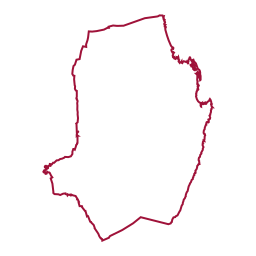 outline of Isabela, Isabela, Philippines
{"feature_id": "2640588B52568839586340", "entity_name": "Isabela", "entity_type": "district", "adm_level": 2, "iso_a3": "PHL", "parent_name": "Philippines", "parent_adm1": "Isabela", "projection": "equal_earth", "projection_center": [122.367, 16.99], "detail": "fine", "context": "isolated", "style": "outline", "palette": "rose", "viewbox_px": 256, "rotation_deg": 0, "n_neighbors": 0, "source": "geoboundaries", "source_scale": "gbopen_adm2", "svg_char_len": 5753}
<svg xmlns="http://www.w3.org/2000/svg" viewBox="0 0 256 256"><path d="M170.7,223.4L171.4,222.1L171.8,222.0L172.3,219.5L173.5,217.4L175.2,217.1L175.7,216.3L177.5,215.4L179.6,211.3L180.2,210.6L181.7,205.6L182.7,204.2L182.9,202.4L183.3,201.6L183.8,199.5L184.8,198.4L185.3,197.0L185.8,196.3L185.7,195.3L186.0,194.2L186.7,192.3L187.6,191.1L188.7,186.3L189.8,184.2L189.9,183.5L190.9,182.2L191.7,179.9L192.8,179.1L192.9,177.8L193.3,177.4L193.4,176.4L193.9,175.4L194.3,175.2L194.2,174.0L195.5,173.0L195.5,172.7L195.2,172.4L195.6,172.0L195.4,170.7L196.5,169.3L197.1,167.5L197.2,166.0L198.0,165.2L198.2,164.5L199.4,164.1L199.1,163.5L199.4,163.1L199.1,161.7L199.2,161.0L198.6,160.1L198.8,158.4L199.1,157.5L199.7,157.2L200.0,156.6L200.3,154.8L201.4,153.6L201.2,152.7L202.8,149.8L202.8,148.5L203.5,147.1L202.6,145.3L202.6,144.0L203.1,143.6L202.8,143.2L202.9,142.0L203.6,140.4L204.5,139.4L204.7,136.2L205.2,135.3L204.7,133.9L204.1,133.9L203.7,133.2L203.6,132.3L203.9,130.3L204.6,129.4L204.8,127.6L205.9,124.7L206.3,124.7L206.3,123.0L206.8,122.4L206.8,122.1L207.8,121.7L208.3,122.4L208.7,122.2L208.8,120.5L208.4,119.5L210.0,118.8L210.2,117.5L209.5,115.6L210.3,114.8L210.2,114.3L211.0,111.9L210.9,110.2L211.5,109.5L211.4,108.7L212.2,107.4L212.6,107.4L211.6,106.3L211.4,105.3L211.6,104.7L211.2,104.8L211.0,104.4L211.3,103.2L211.3,102.2L210.6,100.0L209.9,99.0L209.5,99.6L209.4,100.7L208.1,101.4L206.6,102.9L206.2,103.8L205.5,103.9L204.7,103.3L204.2,103.9L203.1,104.2L202.7,104.2L202.7,103.8L201.3,104.1L200.9,105.0L201.1,106.6L200.9,106.5L200.5,105.0L201.2,103.4L200.9,103.6L200.4,103.1L200.9,103.5L201.0,103.1L203.3,103.4L204.0,103.0L204.4,103.2L204.6,102.7L202.9,103.3L199.6,102.6L198.1,101.3L196.9,99.2L196.0,96.3L196.4,95.5L196.1,94.9L196.3,94.3L196.1,93.3L196.5,92.9L196.6,91.4L197.0,91.1L197.3,89.7L197.7,90.1L198.3,89.5L197.6,86.2L198.2,85.8L198.5,86.1L198.8,85.5L198.0,84.3L197.6,84.4L197.2,84.0L197.5,82.6L197.3,82.0L197.7,81.2L197.2,80.2L197.2,78.7L197.6,77.8L197.5,77.4L198.1,77.4L197.4,77.1L197.5,76.8L197.3,75.7L197.6,74.9L197.1,74.0L196.8,74.4L196.3,73.9L196.7,73.9L196.6,73.2L196.9,72.9L197.9,73.1L197.8,72.0L198.5,72.6L198.6,73.5L198.4,74.3L199.8,78.5L200.1,80.3L200.3,80.2L200.6,79.7L200.6,76.0L200.1,74.1L200.2,72.8L199.9,71.0L199.3,70.3L199.3,69.9L197.5,68.5L197.5,67.9L195.9,63.4L194.2,61.6L193.6,61.5L193.5,63.7L194.8,65.7L195.0,68.3L196.2,69.5L195.8,69.9L194.9,69.9L194.4,71.1L194.6,70.3L194.3,70.0L194.4,69.6L194.0,69.2L193.6,69.4L193.1,68.9L193.4,68.4L193.8,68.6L194.1,68.1L193.9,67.7L194.2,67.0L193.0,67.6L192.2,66.6L191.3,66.4L191.1,65.5L190.7,65.3L190.8,64.8L191.4,64.7L191.4,65.0L191.8,65.1L191.9,64.7L192.2,65.3L192.8,65.4L193.7,64.9L192.1,61.5L191.5,60.8L191.5,60.3L191.0,60.0L190.8,59.3L189.2,59.0L188.7,59.4L188.4,60.6L188.5,61.4L188.2,62.0L187.9,61.8L188.1,62.8L187.6,62.5L187.5,62.8L186.4,61.5L186.2,61.5L185.8,61.9L183.7,61.2L183.1,61.6L182.3,63.1L181.4,62.6L181.4,61.6L181.0,62.2L180.2,62.2L179.7,62.9L178.6,61.5L179.1,60.0L178.4,59.5L178.6,58.6L178.3,57.2L178.1,57.6L177.2,57.2L176.9,57.8L176.4,57.4L175.6,59.0L174.3,58.5L174.1,58.0L174.2,57.2L173.5,57.6L173.0,57.2L172.7,55.3L173.1,54.9L173.2,53.7L174.0,52.6L173.4,52.2L173.1,52.7L173.0,52.0L173.0,52.6L172.4,52.5L171.4,50.5L171.5,49.5L172.7,48.6L173.2,48.8L173.4,48.0L172.8,47.3L172.0,47.1L170.9,45.6L168.6,40.2L167.0,35.5L165.4,29.9L165.2,27.9L165.8,27.5L165.7,26.6L165.3,26.2L164.7,26.2L164.7,25.1L165.1,24.8L164.5,24.6L164.2,24.0L164.3,23.6L164.8,23.1L165.1,22.4L165.0,21.9L164.5,21.6L164.3,21.1L164.7,20.0L164.2,19.8L164.3,19.5L164.1,19.2L163.7,19.5L163.6,19.3L163.7,18.7L163.4,18.2L163.6,17.8L163.3,17.5L163.6,17.0L163.8,16.3L163.1,16.5L162.6,15.5L159.5,15.4L158.2,16.2L157.1,16.5L144.8,18.2L123.6,25.7L117.1,25.9L113.1,25.5L108.6,26.7L108.9,27.8L107.3,27.9L104.0,29.6L96.7,31.1L92.1,31.6L88.8,31.4L88.1,37.4L87.5,40.2L86.1,44.4L86.2,46.9L83.0,46.3L81.2,50.9L79.6,59.1L76.5,59.7L74.9,64.7L73.5,66.0L72.7,69.9L72.3,73.9L73.3,75.6L74.4,75.8L74.1,79.2L74.7,85.3L75.1,86.2L74.9,88.8L75.8,90.5L76.8,90.9L76.8,97.0L76.5,97.6L76.4,98.6L76.9,98.9L76.9,99.8L77.4,100.3L77.6,101.2L77.2,103.1L77.4,105.5L77.3,109.7L77.7,112.2L77.6,114.4L78.0,118.1L77.6,122.3L76.2,123.6L76.5,124.1L76.8,132.0L78.1,131.6L78.2,131.8L77.0,133.2L76.7,134.7L76.7,135.1L77.0,134.7L77.1,135.2L77.8,135.7L77.5,135.7L77.5,143.0L77.0,143.3L76.9,144.4L76.2,144.9L75.9,146.4L74.8,149.7L73.8,149.0L73.3,149.0L72.4,151.7L72.4,154.0L70.9,156.3L68.3,157.1L65.0,156.9L64.2,157.7L62.0,158.7L60.2,159.0L58.5,160.2L56.6,160.4L54.1,162.8L53.1,162.7L51.9,164.3L49.9,164.0L49.9,164.5L50.7,165.5L50.5,165.9L48.5,165.7L48.0,166.1L48.1,167.7L48.0,168.2L47.5,168.5L47.4,166.8L46.1,165.8L45.3,165.9L44.8,166.6L44.9,167.4L45.9,167.9L46.2,169.5L46.1,169.8L44.2,170.3L43.4,171.7L43.6,172.2L43.9,172.4L45.0,172.0L45.3,172.1L45.3,173.6L45.8,173.9L46.6,173.6L46.9,172.2L47.3,171.8L48.0,172.4L49.1,172.4L49.7,172.8L51.1,175.7L52.3,177.4L50.7,178.4L52.4,183.6L53.4,192.1L53.3,192.9L53.9,193.6L54.7,194.1L58.4,194.3L60.2,195.0L63.1,193.7L65.5,193.4L65.7,194.1L66.8,194.5L67.3,194.3L67.6,195.4L68.2,194.8L69.1,194.6L70.8,195.5L71.1,195.4L70.9,195.0L71.1,194.5L72.8,195.3L75.6,196.0L77.4,198.9L77.2,199.4L77.8,199.5L78.9,201.8L78.5,201.9L78.6,202.6L79.6,206.1L81.9,206.1L82.1,206.3L82.0,207.1L85.2,211.2L85.5,211.1L86.9,216.1L87.3,215.7L88.0,216.1L90.2,221.7L91.1,222.0L91.2,222.5L93.7,225.0L94.7,227.8L94.6,228.2L98.3,233.7L99.4,236.4L100.2,237.6L100.7,238.3L101.0,238.2L101.6,239.0L102.1,239.1L102.3,240.6L109.0,237.7L109.5,236.6L110.1,236.0L122.3,230.0L133.1,223.3L140.7,217.2L168.4,224.2L170.7,223.4ZM189.9,57.3L189.6,57.5L189.3,58.7L190.0,58.4L190.2,57.6L189.9,57.3ZM193.4,59.7L192.9,59.9L193.1,61.0L193.7,60.6L193.4,59.7ZM203.9,140.7L204.0,141.1L204.4,141.2L204.3,140.9L203.9,140.7Z" fill="none" stroke="#9f1239" stroke-width="2"/></svg>